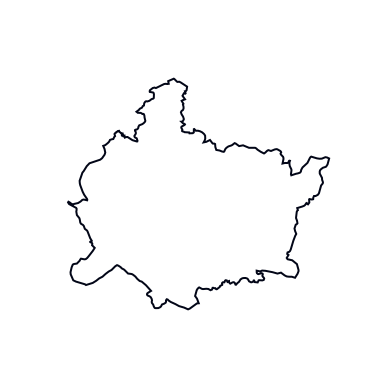 Ha Hoa, Phú Thọ, Vietnam, rotated 342°
{"feature_id": "81297802B43584820413656", "entity_name": "Ha Hoa", "entity_type": "district", "adm_level": 2, "iso_a3": "VNM", "parent_name": "Vietnam", "parent_adm1": "Phú Thọ", "projection": "orthographic", "projection_center": [105.009, 21.586], "detail": "fine", "context": "isolated", "style": "outline", "palette": "ink", "viewbox_px": 384, "rotation_deg": 342, "n_neighbors": 0, "source": "geoboundaries", "source_scale": "gbopen_adm2", "svg_char_len": 6048}
<svg xmlns="http://www.w3.org/2000/svg" viewBox="0 0 384 384"><g transform="rotate(342 192 192)"><path d="M263.5,305.4L267.1,302.4L268.8,300.3L269.2,299.2L269.3,297.6L269.5,293.0L266.2,287.9L262.3,285.6L262.0,285.2L261.7,284.0L264.3,281.7L263.4,280.3L264.2,279.0L266.0,278.9L267.0,278.4L268.2,277.1L273.3,269.7L276.6,265.6L278.2,264.1L278.0,261.0L278.2,258.4L280.6,255.1L281.6,255.0L282.6,254.4L283.0,251.9L282.9,249.0L283.1,248.4L285.5,243.2L286.5,242.2L287.1,242.0L287.1,239.8L292.6,239.9L294.6,239.7L295.7,239.2L297.1,238.0L297.7,237.9L297.9,239.0L298.5,239.6L300.3,238.3L301.1,235.2L301.5,235.0L303.7,236.2L305.0,236.3L305.7,234.7L306.8,233.5L308.2,234.0L310.7,233.6L312.3,232.5L316.8,225.7L318.8,224.4L319.4,223.7L319.6,222.5L319.5,220.7L320.0,218.7L319.2,214.0L319.7,212.2L320.4,211.0L321.7,210.2L324.0,209.4L327.1,209.4L327.8,209.0L329.4,207.7L332.8,202.5L331.1,200.9L329.6,200.1L325.8,200.4L323.6,199.8L321.2,198.6L316.3,195.2L315.6,195.4L314.6,196.1L310.8,200.0L304.7,202.8L302.7,204.7L302.0,206.0L301.1,206.8L300.4,207.0L298.3,207.0L296.7,206.8L291.6,206.8L291.6,205.6L293.2,202.4L293.5,201.2L293.0,197.6L293.3,195.6L293.8,194.0L294.8,192.6L294.3,192.3L293.9,192.4L292.7,193.7L292.2,193.9L291.6,193.9L289.4,193.1L286.9,192.9L289.2,188.9L289.5,187.7L289.5,186.7L288.1,183.7L288.1,182.8L289.1,181.8L289.0,180.9L288.5,180.1L286.4,177.8L285.5,177.3L283.8,177.1L279.8,177.4L277.6,175.8L277.2,175.8L276.0,176.1L273.8,177.2L272.4,177.6L269.8,175.0L267.4,172.0L266.5,170.3L265.7,169.5L259.9,167.6L255.0,163.4L251.0,162.9L248.5,159.4L247.6,158.7L244.9,159.7L243.8,159.9L240.7,159.9L238.4,160.6L236.9,161.5L235.2,163.4L234.6,163.6L233.1,162.8L231.1,161.1L228.1,159.5L228.1,156.5L228.8,153.5L228.2,152.9L226.8,152.4L226.4,151.7L225.2,148.1L221.1,148.7L218.4,148.4L220.1,146.8L221.1,145.3L221.9,142.4L221.4,140.6L220.1,138.4L218.5,136.8L216.7,135.6L214.6,134.9L213.6,132.8L213.2,132.8L212.1,135.9L210.9,136.3L207.7,135.4L207.7,134.5L203.4,132.8L202.8,132.1L201.7,131.4L201.4,130.9L202.1,129.6L201.7,128.0L201.8,127.1L202.3,126.6L205.7,125.9L206.2,125.5L206.0,125.1L204.6,123.7L203.6,121.8L204.6,122.0L205.1,121.8L206.6,120.5L206.8,119.9L206.8,117.6L206.1,114.9L206.1,112.7L207.2,111.7L208.9,111.1L209.9,109.7L210.3,108.1L210.4,106.0L211.1,105.5L210.3,102.1L211.7,101.8L214.0,101.7L212.7,97.6L214.8,95.6L216.0,96.4L216.4,96.2L216.4,94.0L217.4,94.1L218.3,93.5L219.9,90.3L215.1,84.3L214.0,83.2L212.2,82.8L211.8,82.4L210.2,79.2L209.7,78.6L203.6,79.2L203.3,81.9L202.0,81.7L200.2,80.9L198.8,80.7L189.8,82.0L188.6,81.1L186.8,81.0L183.5,82.2L182.9,83.0L182.8,83.8L185.7,85.3L186.1,86.0L186.0,87.3L184.7,90.8L184.0,91.2L182.2,91.2L179.7,92.1L177.6,92.1L176.4,91.5L175.4,91.7L174.0,92.8L173.0,94.9L171.7,95.1L170.5,96.3L168.0,96.7L166.9,97.5L164.0,98.5L164.9,99.9L167.6,100.9L168.4,101.6L168.9,102.5L169.7,102.6L170.3,103.2L170.3,104.8L169.9,106.5L169.6,109.9L169.1,110.6L167.3,111.6L165.7,112.1L162.4,112.3L161.3,113.3L160.6,114.6L159.6,115.3L158.4,115.5L157.6,115.3L156.9,115.5L156.7,116.2L157.0,117.4L156.8,118.7L156.3,119.4L154.6,120.8L154.4,121.6L154.6,122.4L156.0,123.9L156.0,126.4L155.6,127.0L155.1,126.9L151.4,124.3L147.7,119.8L146.4,119.4L145.0,119.5L145.2,117.6L144.2,117.8L144.1,115.6L142.9,116.7L142.8,116.4L143.2,114.5L142.9,114.0L142.4,113.8L142.2,113.1L141.4,112.2L141.5,111.3L140.3,111.1L139.4,111.6L138.7,111.5L138.1,112.1L137.0,112.3L136.2,112.9L136.1,115.1L135.1,115.6L133.5,117.3L132.3,117.1L130.1,117.1L128.8,118.5L126.9,119.5L124.0,120.6L121.8,120.7L122.1,124.1L121.7,127.7L120.4,129.5L116.9,132.1L114.7,132.9L103.4,133.0L99.9,134.9L95.4,138.7L93.8,139.7L88.6,146.6L88.0,149.0L87.8,150.9L88.1,158.0L88.6,161.3L90.0,166.0L90.0,167.1L89.7,167.5L86.7,165.7L85.3,165.6L83.1,166.6L80.2,167.3L76.0,166.9L75.3,167.2L73.7,166.0L72.6,164.3L71.5,163.1L70.9,163.6L71.4,165.5L76.9,171.3L77.1,172.1L76.7,173.4L75.9,174.9L75.4,178.4L76.8,182.1L76.8,183.2L76.3,186.6L76.6,187.9L78.1,189.6L78.6,190.8L78.7,193.9L80.3,196.3L80.5,197.5L80.9,204.5L81.6,207.5L81.3,207.8L80.0,207.8L79.7,208.0L79.8,208.3L81.0,209.4L81.2,209.9L81.2,210.5L80.5,211.7L82.2,215.1L79.4,217.4L74.1,221.0L71.9,222.4L70.2,223.0L68.9,222.8L65.8,221.1L64.8,221.7L64.0,222.6L60.4,224.5L57.5,224.0L56.2,224.2L54.3,226.4L51.7,230.7L51.2,232.8L51.8,239.3L54.0,241.4L61.7,246.7L62.4,247.7L69.5,247.8L73.5,246.8L77.0,245.5L80.7,244.9L84.5,243.2L88.2,241.9L91.4,241.3L96.1,238.9L98.1,238.4L99.3,239.4L100.9,241.4L101.6,242.9L103.5,244.9L106.0,249.8L108.8,251.1L109.8,251.8L110.6,252.8L112.0,254.9L113.1,257.7L114.4,259.9L114.8,260.5L116.5,261.7L119.4,266.4L122.5,273.4L118.5,274.4L117.7,275.1L117.5,275.8L117.8,276.7L119.4,278.1L120.2,279.2L120.6,281.0L120.5,282.7L119.7,284.1L119.6,285.1L120.3,287.1L120.3,289.0L120.6,290.4L120.9,290.9L121.7,291.3L124.2,292.0L126.2,291.7L127.1,291.3L128.7,289.7L131.1,289.6L132.8,289.1L133.5,288.1L133.8,287.0L134.8,286.2L135.6,286.7L136.3,288.1L137.8,290.0L141.6,293.5L144.4,296.5L148.8,299.5L152.0,302.4L153.9,302.2L162.2,299.5L164.0,299.9L163.8,295.0L162.8,291.9L166.1,286.9L167.5,285.7L169.0,285.0L169.4,285.0L171.5,287.2L172.4,287.7L175.8,288.5L177.6,289.3L179.2,291.1L180.8,291.0L182.0,289.5L182.5,289.6L183.4,290.4L184.5,290.7L184.7,291.5L185.1,292.0L185.7,292.1L189.0,290.9L189.8,290.0L192.0,289.7L192.2,289.3L192.3,288.2L192.7,287.7L193.7,287.4L194.5,287.9L194.9,287.9L196.0,286.6L196.6,286.3L197.7,286.8L198.0,288.6L198.6,288.6L199.3,288.1L199.7,288.1L199.4,289.3L199.7,290.5L200.1,291.0L202.6,290.5L203.9,290.7L204.6,291.7L204.7,293.5L205.1,293.8L207.2,292.6L208.9,292.0L211.2,290.1L213.2,289.6L214.6,289.8L216.5,290.4L217.8,291.4L218.2,292.1L218.7,294.6L220.2,296.1L220.9,296.3L221.9,296.2L222.7,296.0L223.3,295.2L223.6,295.2L223.8,295.5L223.7,297.0L226.5,298.3L228.1,296.6L228.6,296.6L231.5,297.8L233.0,297.8L233.9,296.7L233.8,295.6L233.3,294.8L233.0,293.5L233.9,292.1L233.9,291.5L233.1,290.7L229.7,290.6L229.3,290.3L228.7,289.3L228.7,288.5L229.2,286.8L232.3,288.6L234.4,288.4L237.4,289.6L243.9,293.2L248.1,296.0L251.7,296.2L254.3,299.9L255.9,301.5L257.7,302.4L260.7,303.4L263.5,305.4Z" fill="none" stroke="#020617" stroke-width="2"/></g></svg>